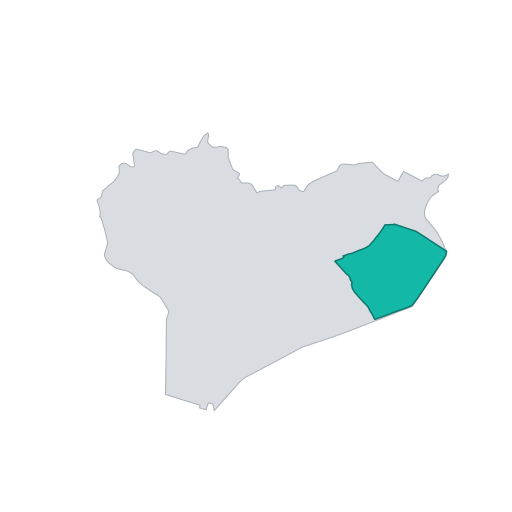 location of Al-Salman, Al-Muthannia, Iraq, rotated 299°
{"feature_id": "34846034B73479794656328", "entity_name": "Al-Salman", "entity_type": "district", "adm_level": 2, "iso_a3": "IRQ", "parent_name": "Iraq", "parent_adm1": "Al-Muthannia", "projection": "orthographic", "projection_center": [45.251, 30.248], "detail": "fine", "context": "in_parent", "style": "filled", "palette": "teal", "viewbox_px": 512, "rotation_deg": 299, "n_neighbors": 0, "source": "geoboundaries", "source_scale": "gbopen_adm2", "svg_char_len": 6596}
<svg xmlns="http://www.w3.org/2000/svg" viewBox="0 0 512 512"><g transform="rotate(299 256 256)"><path d="M214.7,100.0L217.8,99.3L223.6,94.7L227.1,90.3L228.2,89.9L231.2,91.4L233.3,91.9L238.3,90.3L241.2,91.2L243.7,92.4L245.0,92.5L251.6,95.4L253.3,95.8L256.7,96.1L261.8,96.4L265.2,94.6L267.5,92.8L269.1,92.9L270.7,93.3L272.0,94.1L273.2,95.4L273.7,97.3L273.4,103.3L273.9,104.9L274.8,106.0L275.9,106.3L277.3,105.0L279.8,103.1L282.8,101.0L285.0,99.2L286.3,98.5L288.3,98.6L290.3,98.9L291.4,99.8L291.4,100.1L292.4,102.9L295.0,113.5L296.5,114.8L298.2,115.9L299.5,117.5L299.9,119.1L299.8,121.5L299.8,124.3L300.5,126.5L301.5,128.2L302.4,129.0L303.8,129.1L305.5,129.5L306.6,131.1L310.1,143.1L310.5,144.7L312.0,145.2L314.4,144.9L316.9,146.2L319.6,148.1L322.2,151.7L323.9,152.3L329.3,151.8L336.6,152.3L340.1,154.1L339.7,155.3L337.1,156.6L332.4,158.2L331.1,160.8L330.3,164.1L330.5,166.0L331.6,168.1L335.0,172.2L335.2,173.7L335.8,175.7L336.4,177.1L335.8,179.9L332.8,181.8L328.8,183.9L320.9,193.1L320.3,195.1L320.4,200.5L319.6,202.1L317.1,202.0L315.1,201.8L315.0,203.7L313.8,206.2L313.0,208.4L316.0,213.6L316.5,216.4L316.1,218.9L313.3,223.2L311.7,226.1L312.1,226.8L314.3,227.9L321.0,237.5L323.1,240.8L325.9,239.9L327.0,240.0L327.8,240.5L328.3,241.6L328.3,243.1L327.6,245.2L331.2,246.1L332.6,248.2L336.8,255.6L336.7,257.8L334.7,261.4L334.7,263.7L335.1,265.8L335.8,266.5L342.0,266.7L344.7,267.5L351.2,271.3L358.6,277.0L364.8,281.7L370.0,285.7L375.5,285.3L377.0,286.0L378.4,287.3L380.1,290.6L383.4,298.1L386.2,300.5L390.5,306.5L394.5,312.1L392.1,319.9L389.8,328.0L390.0,338.3L390.1,343.9L395.5,344.0L401.5,344.1L401.7,350.8L401.9,357.4L402.1,365.1L403.9,365.3L406.7,366.9L408.0,369.3L409.6,370.7L411.4,370.8L413.2,372.0L415.0,374.2L415.7,375.8L415.3,377.0L415.7,379.0L417.1,381.8L418.6,383.1L421.0,384.7L417.8,385.7L414.4,385.1L406.9,381.9L404.5,381.9L401.4,383.3L401.3,384.4L393.5,380.8L390.7,380.1L389.7,380.1L385.2,380.2L378.9,381.0L375.2,382.6L372.6,384.3L371.4,385.9L371.0,386.7L369.1,391.4L366.8,397.5L364.5,402.9L359.8,410.6L357.2,414.1L351.6,420.7L345.5,422.1L331.3,420.9L315.5,419.6L299.9,418.2L288.2,417.1L287.3,416.7L275.9,407.3L266.9,399.9L255.6,390.5L244.2,381.0L232.7,371.3L224.4,364.2L214.4,355.1L205.3,346.7L198.1,340.1L188.9,334.3L181.7,329.7L171.3,322.9L163.0,317.5L155.9,312.9L145.0,305.7L141.4,303.8L130.0,301.0L119.1,298.6L107.9,296.1L100.5,294.4L105.7,289.9L104.4,285.5L100.8,286.1L97.4,286.9L95.8,280.2L98.4,279.5L96.5,270.7L94.6,261.6L92.8,252.8L91.0,243.9L100.7,238.8L108.0,234.9L118.1,229.5L127.9,224.3L137.1,219.2L147.3,213.7L156.4,208.7L164.6,206.9L166.3,205.2L170.3,198.1L173.7,191.9L173.9,190.5L174.3,181.6L175.3,171.3L176.5,165.8L178.5,160.9L180.3,157.4L180.6,154.1L180.5,150.7L179.0,145.5L177.5,140.1L177.9,134.9L178.4,132.2L179.6,127.8L181.6,124.6L183.7,122.7L191.3,120.9L195.8,119.8L201.9,114.3L205.5,111.0L210.6,105.8L214.3,101.9L214.7,100.6L214.7,100.0Z" fill="#d9dde1" stroke="#a8b0b8" stroke-width="1"/><path d="M289.6,327.7L289.4,328.3L289.1,329.3L288.2,331.9L287.3,334.7L286.9,335.6L286.4,337.2L285.9,338.7L285.4,340.2L285.0,341.4L284.1,343.8L284.0,345.0L283.9,346.3L283.0,347.6L283.0,348.5L282.6,348.8L282.4,349.0L282.0,349.2L281.8,349.2L281.4,349.6L281.2,349.7L281.0,350.0L280.4,351.0L280.2,351.3L280.2,351.7L280.0,352.1L280.0,352.3L279.8,352.4L279.4,352.7L279.3,352.9L279.0,352.9L278.6,353.1L278.1,353.2L277.8,353.2L277.7,353.2L277.4,353.5L276.9,353.8L276.7,353.9L276.4,354.1L276.1,354.5L275.7,354.9L275.2,355.3L274.8,355.8L274.5,356.0L274.3,356.2L274.1,356.3L273.8,357.0L273.3,357.8L273.1,358.2L272.6,359.0L272.3,359.5L272.1,360.0L271.6,361.4L270.4,364.7L269.8,366.4L269.4,367.5L269.0,368.7L268.6,370.0L268.2,371.1L268.0,371.8L267.9,372.1L267.6,372.5L267.5,373.1L267.3,373.9L267.0,375.2L266.7,376.1L266.6,376.5L266.4,377.0L266.3,377.4L266.2,377.7L266.1,377.9L265.9,378.2L265.7,378.8L265.3,379.4L264.9,379.9L264.6,380.5L264.1,381.1L263.8,381.5L263.6,381.9L263.5,382.1L263.1,382.6L262.8,383.2L262.4,383.9L262.2,384.3L262.0,384.8L261.8,385.1L261.7,385.4L261.5,385.8L260.9,386.5L260.5,387.1L260.1,387.7L259.7,388.3L259.3,388.9L259.1,389.2L258.9,389.5L258.6,390.0L258.4,390.4L258.2,390.6L258.6,391.0L259.0,391.4L259.8,392.1L261.3,393.3L262.6,394.5L263.5,395.3L264.5,396.1L265.3,396.9L265.9,397.4L266.8,398.2L266.9,398.3L268.3,399.4L269.2,400.2L270.5,401.3L271.5,402.1L273.0,403.3L273.8,404.1L275.1,405.2L276.0,406.0L277.7,407.4L279.5,409.1L281.4,410.8L282.9,412.1L285.5,414.3L288.0,416.2L288.4,416.6L289.1,416.6L289.3,416.6L290.5,416.8L292.4,417.1L295.6,417.5L298.2,417.8L300.0,418.0L301.6,418.1L303.4,418.3L305.6,418.5L308.5,418.7L309.5,418.8L310.4,418.9L311.3,419.0L312.9,419.1L316.5,419.4L318.2,419.5L318.4,419.5L321.0,419.7L322.1,419.8L324.5,420.0L326.4,420.2L328.3,420.4L330.8,420.5L332.3,420.7L333.4,420.7L333.9,420.8L334.5,420.8L335.8,420.9L338.0,421.1L339.9,421.2L341.3,421.4L342.8,421.5L344.7,421.6L346.4,421.7L347.6,421.8L348.1,421.8L348.6,421.7L349.8,421.3L350.9,421.0L351.8,420.6L352.2,420.5L352.5,420.4L352.6,420.0L352.7,419.5L352.7,418.9L352.7,418.3L352.9,416.1L352.9,415.6L353.0,415.0L353.1,413.9L353.1,413.3L353.2,411.8L353.3,410.3L353.5,407.7L353.6,405.7L353.7,404.4L353.8,402.8L354.0,399.7L354.3,397.4L354.5,395.4L354.5,394.7L354.6,392.8L354.7,390.8L354.8,389.2L354.9,388.3L355.1,384.8L355.1,384.3L355.1,383.9L354.9,382.9L354.7,381.8L354.4,379.9L354.1,378.7L353.9,377.5L353.7,376.4L353.5,375.5L353.5,375.4L353.2,374.0L352.9,371.8L352.6,370.6L352.5,370.0L352.5,369.8L352.4,369.1L352.2,368.1L352.0,367.2L351.8,366.5L351.7,365.6L351.5,364.6L351.3,363.7L351.2,362.9L351.0,362.2L351.0,361.7L350.7,361.7L350.4,361.3L349.8,360.4L349.2,359.4L348.4,358.1L347.9,357.4L347.6,356.7L347.0,355.9L346.8,355.5L346.5,354.9L346.2,354.4L345.9,354.0L345.8,353.8L345.4,353.8L344.8,353.7L344.0,353.7L343.6,353.7L342.8,353.6L342.0,353.6L341.1,353.5L340.4,353.5L338.0,353.2L336.9,353.1L335.8,352.9L335.3,352.9L334.8,352.8L333.5,352.6L332.6,352.4L331.4,352.2L330.9,352.1L330.4,352.0L329.8,351.9L329.0,351.8L328.5,351.7L328.1,351.7L327.6,351.6L327.1,351.6L326.5,351.5L326.2,351.4L325.2,351.2L324.2,350.9L323.3,350.7L322.9,350.6L322.0,350.4L321.4,350.3L321.3,350.2L320.2,350.2L318.2,349.0L316.4,347.9L314.7,346.7L313.3,345.6L312.1,344.4L311.8,344.1L311.4,343.8L310.2,342.8L308.9,341.9L308.6,341.6L307.6,340.8L306.4,339.9L305.4,339.2L304.7,338.5L303.8,337.3L302.9,336.4L302.1,335.5L301.2,334.8L300.3,334.1L299.3,333.1L298.2,332.2L297.9,333.3L297.5,333.3L297.1,333.3L296.6,333.3L296.0,332.8L295.5,332.4L294.7,331.7L293.7,330.8L292.5,329.8L291.9,329.3L291.2,328.6L290.6,328.1L290.5,327.9L290.2,327.9L289.8,327.8L289.6,327.7Z" fill="#14b8a6" stroke="#0f766e" stroke-width="1.5"/></g></svg>